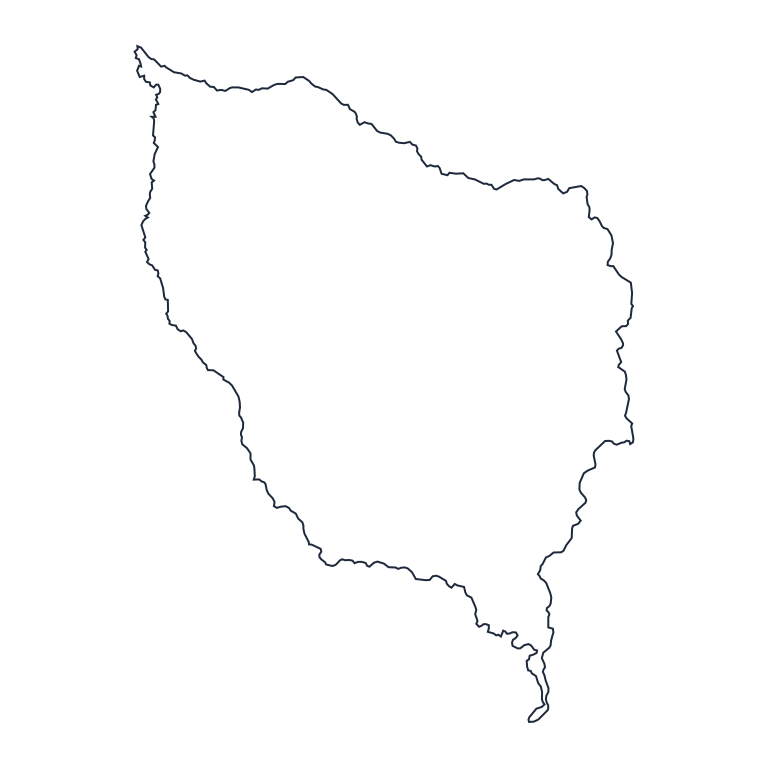 the district of Dois Irmãos do Tocantins, Tocantins, Brazil
{"feature_id": "56859067B267750606795", "entity_name": "Dois Irmãos do Tocantins", "entity_type": "district", "adm_level": 2, "iso_a3": "BRA", "parent_name": "Brazil", "parent_adm1": "Tocantins", "projection": "albers", "projection_center": [-49.064, -9.333], "detail": "fine", "context": "isolated", "style": "outline", "palette": "slate", "viewbox_px": 768, "rotation_deg": 0, "n_neighbors": 0, "source": "geoboundaries", "source_scale": "gbopen_adm2", "svg_char_len": 6058}
<svg xmlns="http://www.w3.org/2000/svg" viewBox="0 0 768 768"><path d="M528.5,719.5L529.0,721.9L533.7,721.7L538.4,719.5L547.7,710.1L548.3,708.0L548.1,705.2L546.6,702.3L545.9,699.0L546.4,695.6L548.3,692.1L548.5,688.2L545.8,680.9L544.3,674.9L542.9,672.0L543.5,669.6L545.0,667.4L544.4,663.8L541.8,658.1L543.3,652.7L549.3,647.7L550.6,645.4L551.1,640.5L553.4,632.3L552.9,628.7L548.3,627.4L548.3,617.0L549.4,614.4L548.5,612.2L546.6,610.4L546.9,608.1L549.4,606.1L550.7,603.5L551.3,597.4L550.3,593.3L546.3,583.1L543.7,580.3L540.8,578.6L539.6,576.1L537.9,574.2L540.2,570.2L540.7,566.1L542.5,564.2L545.9,557.5L549.4,555.9L553.6,552.5L561.0,552.3L563.4,550.9L566.2,545.3L571.7,538.0L572.1,528.4L573.0,525.8L578.2,523.8L580.7,520.6L576.8,515.5L576.2,512.3L578.5,509.0L585.6,502.6L586.2,499.9L584.9,497.3L580.8,492.6L579.4,489.4L579.7,482.8L583.9,473.2L587.9,470.5L594.9,467.5L595.5,464.4L593.7,455.6L594.0,452.5L595.5,450.1L605.1,441.0L609.0,440.8L612.1,441.5L613.9,443.7L616.7,444.7L621.5,442.7L624.1,442.4L626.6,440.7L629.3,441.2L630.2,444.1L633.0,442.2L633.4,438.6L631.2,426.0L632.2,423.5L626.5,418.3L625.0,415.7L626.1,412.7L629.0,398.9L628.3,395.3L625.7,391.9L624.7,389.1L626.5,379.5L625.9,374.8L624.8,371.6L618.2,367.0L618.9,364.7L621.2,362.1L616.9,350.6L618.7,348.7L621.5,347.9L623.1,345.2L622.9,343.0L621.3,339.6L616.0,331.5L621.7,326.3L626.2,326.1L628.1,323.9L627.8,320.6L630.6,317.8L631.7,308.3L633.0,306.1L631.3,303.9L632.1,293.1L630.8,282.6L621.7,277.1L618.9,274.5L613.3,266.1L611.0,266.2L607.6,265.1L607.8,261.8L610.1,258.6L611.5,254.9L611.7,249.5L613.0,243.2L611.4,235.3L607.5,229.1L603.7,227.9L602.0,226.2L599.5,221.0L597.2,218.0L594.7,217.4L591.5,219.4L588.8,217.1L589.6,209.9L589.3,207.0L587.6,204.3L586.6,197.0L587.4,194.7L587.0,191.1L584.6,188.3L581.2,186.0L569.2,188.2L567.1,191.8L563.2,193.4L558.3,189.0L557.0,185.2L554.0,183.8L548.3,178.9L544.6,180.1L542.2,180.1L540.3,178.7L537.8,178.3L534.0,179.4L523.7,179.4L519.3,180.9L514.1,180.0L505.7,184.0L496.5,189.5L494.1,188.8L491.4,184.8L488.9,184.8L486.6,183.6L483.8,183.8L474.8,179.4L468.3,178.0L463.3,173.3L455.9,173.7L449.4,172.8L447.5,175.2L441.6,173.8L439.6,168.0L437.8,166.0L434.9,166.5L430.3,165.2L427.0,166.5L421.6,159.7L421.1,156.6L418.7,154.3L417.0,151.3L417.4,148.4L415.9,145.5L412.4,144.6L409.9,141.9L404.1,143.2L398.9,142.7L395.9,141.7L394.0,138.6L390.9,135.4L387.7,133.8L380.3,132.6L377.1,131.0L371.5,123.9L368.1,123.5L364.6,122.2L359.8,124.8L357.8,122.6L356.7,119.1L356.8,116.5L356.0,113.8L354.6,111.8L349.9,109.1L348.0,104.8L343.9,104.9L341.2,103.5L332.6,94.1L326.4,89.9L323.1,89.4L317.8,87.0L315.2,86.6L311.5,83.7L309.1,80.9L303.2,77.0L295.7,77.5L293.1,80.2L287.7,81.8L285.3,84.0L277.2,83.9L273.8,85.1L267.7,88.6L262.0,88.3L258.6,89.9L255.9,89.5L252.0,92.1L248.8,89.8L238.3,87.4L232.2,87.4L229.8,88.1L225.4,90.9L221.1,89.9L216.9,90.5L213.9,87.0L210.2,86.7L206.4,83.4L204.6,80.6L200.3,81.6L193.6,79.7L189.8,77.9L187.5,75.4L184.8,75.6L181.3,73.5L173.9,72.2L166.2,67.4L164.6,65.8L161.1,66.6L154.1,59.4L151.2,59.0L148.5,57.0L141.1,47.7L137.4,46.1L137.7,49.1L134.6,51.8L136.6,55.1L135.8,58.1L139.0,59.2L140.5,63.5L141.1,66.5L139.0,65.8L137.1,70.7L139.7,77.0L144.2,75.7L144.1,78.9L145.9,81.8L149.8,82.4L150.4,85.5L153.8,87.4L156.0,84.7L158.3,84.7L160.2,88.8L160.1,92.1L158.6,94.0L156.1,94.8L157.3,97.3L155.9,99.4L158.3,104.0L156.0,104.8L155.5,110.2L153.4,112.2L155.5,116.7L151.8,116.8L153.6,118.2L154.2,121.0L153.0,135.5L155.0,137.3L154.8,140.1L153.8,143.0L158.0,147.0L154.7,154.1L153.4,161.4L154.3,163.9L154.5,167.6L150.0,174.1L151.6,178.9L154.0,180.6L151.7,182.4L152.2,188.7L150.1,192.1L149.8,194.7L150.2,197.9L148.0,201.4L146.0,205.9L146.4,209.1L149.3,213.0L147.7,214.7L145.3,215.8L147.8,217.5L145.2,219.0L143.0,221.5L141.4,225.1L145.3,237.4L143.4,239.9L145.2,242.3L145.1,247.7L146.7,249.9L145.3,251.8L148.6,259.0L147.0,262.1L149.5,264.3L152.2,265.4L155.1,269.9L157.7,270.4L158.4,273.4L157.6,276.2L160.2,278.4L163.1,288.2L164.2,296.7L165.4,299.4L167.8,299.9L168.1,311.4L166.2,313.7L167.5,315.8L167.9,318.7L169.7,321.1L169.4,323.7L172.1,325.1L175.9,325.6L177.6,329.2L180.8,331.3L183.2,330.4L186.1,332.0L191.9,338.9L193.6,343.4L195.6,345.8L196.1,348.7L194.9,350.8L196.3,353.4L198.6,356.8L201.3,359.5L203.0,362.5L206.2,364.9L206.8,368.0L207.9,370.1L213.4,370.3L223.5,377.1L223.3,379.5L229.1,382.7L232.0,385.5L238.5,396.6L239.7,402.1L240.0,407.4L239.1,412.9L239.3,415.6L241.0,417.5L243.2,422.7L243.0,428.2L241.1,432.0L241.0,434.9L242.0,437.3L241.4,440.6L242.2,444.2L247.0,448.2L250.5,453.3L250.5,459.5L254.0,465.6L254.4,468.7L254.8,476.3L253.8,479.6L259.1,479.4L261.6,481.4L264.0,482.2L265.5,484.0L266.7,490.1L268.5,493.8L272.8,498.4L274.6,502.0L273.9,506.1L276.9,507.9L280.7,506.7L285.7,506.2L289.0,508.0L290.8,510.7L295.8,513.6L298.2,518.6L302.3,522.2L303.4,525.5L303.4,528.8L304.5,533.8L308.7,541.9L309.0,544.4L311.6,544.6L320.7,548.9L321.3,551.7L319.3,554.7L319.5,557.2L321.2,559.3L325.1,562.3L326.2,564.5L331.9,565.9L334.3,565.5L336.2,564.4L339.9,560.4L342.2,559.3L345.0,560.2L349.4,560.0L352.6,560.7L354.5,563.2L357.9,561.9L361.7,561.9L365.6,562.9L367.2,565.8L369.4,566.7L374.0,562.7L377.4,561.6L383.9,563.6L388.6,567.2L395.4,567.5L398.3,568.9L400.9,567.8L404.6,567.4L407.7,568.4L412.0,572.2L415.8,579.0L426.0,580.2L429.7,579.9L432.7,576.3L436.2,575.7L439.3,576.8L446.1,581.0L446.7,583.6L448.9,586.1L451.5,587.7L454.7,584.0L457.6,585.5L464.0,586.9L465.3,592.2L466.8,595.3L471.4,597.6L475.3,606.7L476.3,609.9L475.2,614.1L477.5,621.0L476.3,623.8L479.1,626.8L481.7,625.7L483.4,624.2L485.8,624.1L488.8,625.2L488.8,628.5L487.8,631.8L493.7,633.5L496.2,635.4L498.4,634.7L500.9,636.5L503.3,630.6L505.5,631.7L507.0,633.8L509.6,633.5L512.7,632.2L516.0,632.5L517.6,635.5L515.6,638.1L513.0,639.8L512.0,642.7L512.6,645.9L517.9,648.5L520.3,648.3L524.4,645.1L528.6,644.1L531.2,645.6L534.2,649.7L537.1,650.5L536.6,652.9L533.7,654.5L529.7,655.7L529.0,659.3L526.7,660.9L527.1,666.6L528.2,670.4L530.7,670.9L531.8,673.3L536.0,676.1L538.2,683.2L540.8,686.5L542.1,692.1L541.9,699.1L542.8,702.0L544.5,704.4L541.8,706.9L536.4,708.7L529.4,717.1L528.5,719.5Z" fill="none" stroke="#1e293b" stroke-width="2"/></svg>